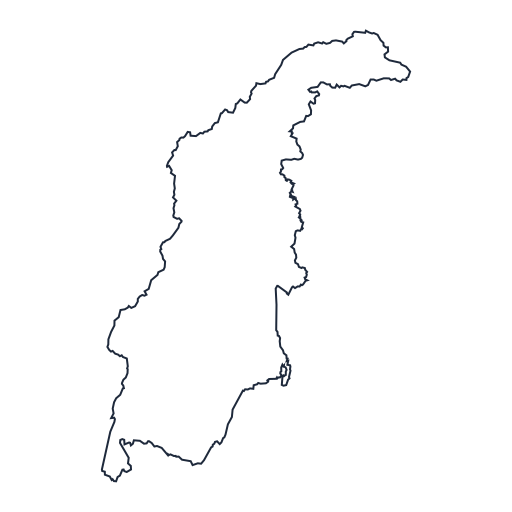 Hkamti, Sagaing, Myanmar (Natural Earth projection)
{"feature_id": "60261553B91156237471736", "entity_name": "Hkamti", "entity_type": "district", "adm_level": 2, "iso_a3": "MMR", "parent_name": "Myanmar", "parent_adm1": "Sagaing", "projection": "natural_earth1", "projection_center": [95.699, 25.834], "detail": "fine", "context": "isolated", "style": "outline", "palette": "slate", "viewbox_px": 512, "rotation_deg": 0, "n_neighbors": 0, "source": "geoboundaries", "source_scale": "gbopen_adm2", "svg_char_len": 6001}
<svg xmlns="http://www.w3.org/2000/svg" viewBox="0 0 512 512"><path d="M300.2,214.4L299.1,213.2L300.5,210.7L299.8,209.0L295.3,206.5L296.1,205.6L295.6,204.4L297.4,203.7L297.2,201.3L296.0,200.2L295.7,198.2L293.7,199.3L294.2,198.0L292.0,197.5L293.6,196.7L292.2,196.2L292.0,197.0L291.0,194.8L290.8,196.8L289.9,196.6L290.5,194.0L289.8,192.9L291.4,191.4L292.6,191.8L292.0,190.5L293.1,190.5L291.4,190.3L291.5,189.6L293.5,185.5L293.0,184.4L294.0,183.6L292.1,182.8L291.5,183.5L290.5,182.3L291.3,180.8L289.4,179.7L287.8,179.4L287.3,180.3L286.4,179.5L286.3,180.5L285.8,180.2L285.6,178.0L284.4,177.1L284.4,175.6L282.4,174.3L280.9,174.3L280.0,172.8L280.9,171.7L281.0,169.5L282.2,169.3L283.2,168.0L281.2,164.1L281.7,160.6L285.9,159.4L291.3,159.8L294.3,158.8L298.0,159.6L300.9,158.9L302.2,157.7L303.0,154.9L302.2,153.1L300.3,151.4L300.7,149.5L299.5,146.4L297.4,144.6L296.3,141.5L296.6,138.6L290.8,136.2L292.5,133.3L291.8,133.1L291.8,131.5L289.8,131.3L293.0,128.4L293.3,125.4L300.2,121.9L304.0,121.4L306.2,115.9L308.0,116.1L310.9,114.3L311.1,110.4L308.8,104.3L310.5,101.5L313.5,103.7L315.0,103.3L315.2,100.0L314.5,98.5L316.3,96.1L318.9,95.4L319.2,94.1L317.2,91.4L315.2,92.4L311.7,92.4L311.2,91.5L310.1,91.9L308.4,89.7L311.2,87.8L317.6,86.9L320.8,82.4L323.3,82.4L326.9,84.4L329.9,84.3L330.2,85.7L332.3,87.6L335.2,87.7L336.7,84.6L339.5,87.4L341.1,85.8L343.4,86.4L344.5,85.8L349.8,87.8L351.8,85.5L359.2,84.1L365.3,86.3L368.0,85.0L370.6,79.5L373.7,79.5L376.4,80.7L383.8,78.3L389.1,78.4L391.0,80.0L395.1,78.7L396.6,80.4L400.4,81.8L402.7,79.5L406.4,79.9L406.5,78.1L408.2,77.0L410.1,71.6L406.1,66.7L401.4,64.6L400.2,62.7L389.4,60.3L384.9,57.4L384.5,54.4L388.1,51.6L387.9,47.3L385.9,47.4L383.6,45.6L383.4,42.8L380.6,40.2L377.6,34.8L373.7,33.0L372.1,33.5L369.0,32.4L365.9,30.7L365.2,32.8L355.2,31.7L354.0,31.9L352.4,34.2L352.8,36.3L347.7,38.7L346.3,40.2L346.4,41.2L343.8,43.4L342.2,41.6L336.0,40.4L332.2,40.9L330.0,42.9L326.3,43.8L323.2,42.2L322.1,43.5L318.1,42.3L314.2,43.6L313.4,45.4L308.4,44.6L306.4,46.9L304.6,47.1L303.2,48.6L299.4,49.0L291.6,52.6L283.0,59.9L281.2,64.9L275.2,74.1L274.1,77.8L269.1,79.8L268.0,81.4L266.1,81.8L265.5,83.4L260.3,84.1L256.4,83.2L256.0,85.7L251.4,90.8L251.0,92.2L251.6,93.6L249.8,96.8L250.1,99.1L246.8,102.7L244.7,102.6L240.4,99.5L237.3,103.4L235.8,104.0L235.3,108.0L233.0,112.7L228.2,112.1L227.0,110.2L225.1,109.5L221.9,113.2L220.8,113.4L217.9,122.3L214.8,123.1L212.2,126.5L211.8,129.0L208.3,130.2L207.6,131.4L204.4,131.7L202.9,133.5L200.3,132.9L196.0,136.1L190.6,135.7L190.1,132.3L187.7,131.9L185.0,136.2L183.4,137.6L181.3,137.5L179.6,138.7L179.3,140.1L177.1,142.1L177.8,146.2L175.7,150.1L174.4,150.0L172.1,152.4L173.1,155.6L168.3,162.1L166.9,165.9L167.1,166.8L169.1,165.9L171.7,170.2L170.9,173.0L175.0,175.8L174.1,183.6L174.8,188.4L173.9,191.8L174.4,194.8L173.0,197.4L176.4,200.7L174.1,203.6L174.4,205.3L173.5,208.2L174.3,212.4L173.3,215.5L173.6,217.0L177.1,218.8L179.1,218.3L181.6,220.9L181.5,221.7L179.3,224.0L178.4,227.8L172.8,235.5L170.0,238.8L165.3,241.0L164.4,242.2L163.0,242.3L160.5,246.8L161.3,249.1L160.3,249.7L160.2,251.5L162.5,255.7L163.0,258.9L165.1,261.4L164.7,267.2L163.6,269.7L158.3,272.2L157.5,274.9L151.2,280.2L148.7,288.9L144.6,291.3L146.5,294.7L144.5,295.7L142.2,295.0L139.7,296.5L137.8,298.9L137.8,301.5L135.1,306.2L131.3,307.9L128.8,306.0L127.8,307.6L124.8,309.3L120.5,310.0L118.7,317.2L114.5,320.6L114.4,325.5L111.1,331.9L108.4,339.3L108.3,344.4L107.4,346.9L109.2,349.9L111.0,351.6L112.6,350.9L115.2,353.7L118.1,354.6L119.9,356.2L121.7,355.3L122.9,357.0L126.8,358.5L127.8,366.3L127.1,368.5L127.7,369.2L127.5,373.2L125.8,377.5L123.4,379.7L122.1,382.7L121.9,383.8L123.3,385.6L123.9,388.2L122.8,388.5L120.2,394.8L116.2,398.2L114.1,402.2L112.7,408.6L113.6,413.4L111.2,418.1L114.1,417.7L114.9,419.1L114.4,421.9L110.3,431.7L101.9,469.5L102.2,471.0L104.8,471.7L104.9,474.7L109.8,476.5L111.7,480.0L112.6,479.2L113.9,481.1L116.1,481.3L117.6,477.0L119.9,475.6L122.4,469.7L123.6,469.5L124.3,471.1L126.7,472.0L131.0,469.5L130.8,465.9L128.0,463.4L128.7,457.8L120.0,442.9L120.3,440.0L122.3,439.1L124.2,439.8L124.5,444.4L129.1,442.5L130.1,442.8L130.9,445.4L132.9,443.7L133.9,440.3L139.9,440.8L144.0,443.7L146.6,443.4L148.1,441.2L149.0,441.2L151.7,443.0L154.4,446.5L157.0,446.0L161.7,447.9L167.8,455.1L168.0,454.2L169.0,455.0L170.5,454.4L173.9,456.0L175.7,455.9L176.2,456.7L178.7,456.6L182.0,459.7L190.7,461.2L192.6,465.1L197.8,463.3L201.1,463.7L204.0,460.2L211.1,447.4L212.6,446.5L212.8,444.7L214.3,443.7L215.0,441.9L217.1,441.3L219.7,444.1L221.4,442.4L223.1,438.1L224.3,437.4L225.5,434.6L227.9,424.3L231.9,417.0L232.6,409.6L242.9,390.6L243.9,391.0L245.1,389.3L247.8,389.5L250.0,388.4L253.3,388.8L253.7,385.2L257.1,384.3L258.2,383.0L260.6,383.7L265.9,383.3L268.1,381.7L268.3,380.9L267.5,380.3L269.1,379.0L276.2,378.8L276.9,377.5L277.4,378.3L278.2,377.5L280.0,377.4L281.6,375.1L280.3,373.6L280.4,372.1L281.3,371.3L281.2,367.6L282.4,364.7L283.3,366.3L283.9,365.6L283.8,366.4L285.7,367.5L286.6,369.9L285.8,371.6L285.8,375.7L285.5,374.9L284.2,376.0L283.7,375.5L282.4,377.4L281.8,384.9L283.5,385.7L286.2,385.1L288.1,379.6L289.5,378.4L289.0,377.0L290.5,370.7L290.0,369.3L290.4,366.6L290.1,365.3L287.4,364.8L288.2,360.8L286.7,361.2L287.6,358.6L286.6,358.4L286.4,355.3L283.8,353.3L283.0,350.3L280.3,346.6L279.7,341.2L280.1,338.1L279.0,336.0L277.7,335.6L277.5,331.9L276.2,330.2L276.5,304.8L275.7,288.6L277.2,285.9L277.9,285.9L286.9,292.5L286.8,293.5L288.3,294.7L292.0,287.3L293.0,286.5L295.0,288.1L297.7,286.4L299.6,286.5L300.9,284.6L301.9,285.2L303.0,284.5L305.6,280.8L307.2,280.3L305.2,279.3L304.6,277.6L306.1,277.0L306.8,274.7L306.2,273.1L307.1,271.9L305.3,269.9L304.8,268.0L302.3,267.4L301.5,268.0L298.9,266.9L298.0,264.2L295.4,262.8L294.9,260.4L296.3,257.7L296.0,254.6L294.7,252.6L294.1,249.0L291.2,246.7L294.5,243.6L295.5,237.7L294.8,235.2L295.8,231.2L297.5,230.4L300.2,230.8L301.4,228.7L302.1,229.2L302.8,228.3L301.8,227.2L303.2,222.4L301.2,221.8L300.6,220.6L301.5,220.1L299.3,217.8L300.3,217.6L300.2,216.4L299.4,216.3L300.2,214.4Z" fill="none" stroke="#1e293b" stroke-width="2"/></svg>